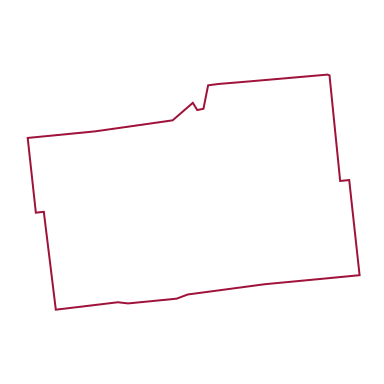 Maries, Missouri, United States of America, rotated 173°
{"feature_id": "52423323B55894153877564", "entity_name": "Maries", "entity_type": "district", "adm_level": 2, "iso_a3": "USA", "parent_name": "United States of America", "parent_adm1": "Missouri", "projection": "equal_earth", "projection_center": [-91.92, 38.152], "detail": "fine", "context": "isolated", "style": "outline", "palette": "rose", "viewbox_px": 384, "rotation_deg": 173, "n_neighbors": 0, "source": "geoboundaries", "source_scale": "gbopen_adm2", "svg_char_len": 441}
<svg xmlns="http://www.w3.org/2000/svg" viewBox="0 0 384 384"><g transform="rotate(173 192 192)"><path d="M349.5,190.5L341.5,190.4L341.5,91.8L279.0,91.6L269.0,89.2L220.3,88.0L208.7,90.8L130.7,91.6L35.8,89.0L34.8,164.3L34.5,184.7L43.6,184.9L41.3,291.0L43.2,292.0L132.5,295.2L152.7,296.0L163.0,295.9L170.5,273.2L176.8,272.7L180.3,280.4L202.5,265.5L281.3,264.0L348.5,265.7L349.5,190.5Z" fill="none" stroke="#9f1239" stroke-width="2"/></g></svg>